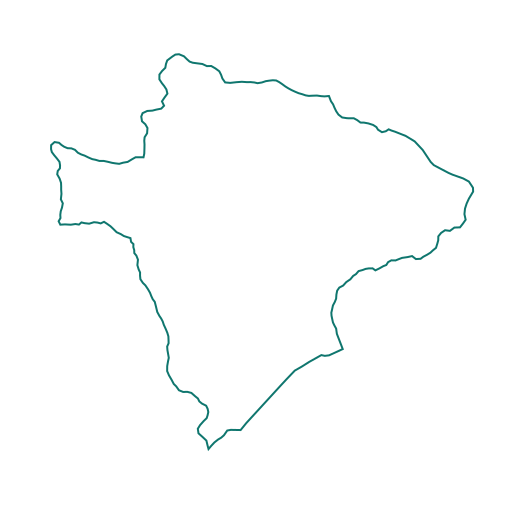 outline of Canápolis, Minas Gerais, Brazil, rotated 94°
{"feature_id": "56859067B42327776288261", "entity_name": "Canápolis", "entity_type": "district", "adm_level": 2, "iso_a3": "BRA", "parent_name": "Brazil", "parent_adm1": "Minas Gerais", "projection": "albers", "projection_center": [-49.278, -18.757], "detail": "fine", "context": "isolated", "style": "outline", "palette": "teal", "viewbox_px": 512, "rotation_deg": 94, "n_neighbors": 0, "source": "geoboundaries", "source_scale": "gbopen_adm2", "svg_char_len": 3787}
<svg xmlns="http://www.w3.org/2000/svg" viewBox="0 0 512 512"><g transform="rotate(94 256 256)"><path d="M91.3,194.4L92.0,198.8L92.0,202.1L91.7,206.4L92.1,210.4L92.6,214.5L92.3,217.7L91.4,221.1L90.6,224.9L89.4,228.4L88.0,232.1L86.4,235.6L84.8,238.6L82.7,241.9L80.9,245.0L79.5,248.1L79.5,251.5L80.2,255.2L80.9,258.4L82.5,262.3L83.5,266.5L83.0,269.7L82.9,273.6L83.2,277.5L83.2,282.3L84.0,287.8L85.1,293.8L85.0,298.9L81.3,301.9L77.6,303.5L74.3,305.5L71.7,309.6L69.6,313.9L70.0,318.2L68.2,322.9L67.9,328.1L67.6,332.7L66.7,335.8L64.7,338.4L61.8,341.8L60.1,346.9L60.7,350.5L62.9,353.4L64.9,355.7L67.1,358.2L70.7,359.2L74.6,359.6L78.0,362.6L81.7,365.0L86.5,364.7L90.2,361.9L92.8,359.5L96.1,357.0L100.2,355.7L104.3,358.3L108.3,360.6L112.5,358.2L115.6,360.8L116.9,365.6L118.2,369.5L118.9,374.6L121.4,379.1L124.9,380.2L129.6,379.1L132.3,375.6L135.9,373.2L141.2,373.2L145.3,375.4L148.8,375.5L152.5,375.0L156.4,374.8L161.7,374.6L165.4,375.1L165.6,379.1L165.9,383.0L168.0,386.2L171.1,390.6L172.2,395.1L173.6,398.9L173.4,402.8L173.1,406.1L172.4,410.1L171.8,414.4L172.1,418.8L171.2,422.9L170.8,426.1L169.4,430.1L167.8,434.0L166.9,437.4L165.4,440.9L162.7,444.0L161.5,447.7L161.6,451.5L160.4,455.0L158.8,457.8L156.8,460.4L156.4,464.9L159.7,468.1L163.7,467.9L166.6,466.9L169.5,464.4L172.5,461.5L175.8,458.6L179.2,457.8L182.2,457.7L185.0,459.7L188.4,460.0L192.5,457.3L196.6,455.6L200.3,455.2L203.3,455.0L207.6,454.4L213.1,454.6L216.9,452.4L221.2,452.9L225.0,453.9L228.6,454.1L231.8,453.7L235.1,455.3L238.4,453.4L237.8,448.8L237.7,442.9L236.7,438.4L237.0,434.8L234.7,432.5L235.2,429.2L235.4,424.7L233.6,420.0L233.7,416.5L234.3,413.2L232.5,410.0L234.3,406.8L236.5,403.2L238.8,400.4L242.0,396.7L243.6,392.4L245.3,389.2L246.1,386.0L246.9,382.5L250.6,381.6L252.7,379.1L255.7,379.0L258.6,377.9L261.6,377.6L263.9,375.4L267.9,373.5L273.4,373.7L277.6,372.1L280.5,370.5L283.7,370.3L287.2,369.7L290.7,367.0L293.0,364.3L296.6,361.5L300.0,359.2L303.4,357.6L306.3,356.0L308.8,353.8L313.3,352.3L318.7,350.6L322.5,348.2L324.9,346.3L327.8,344.5L331.0,343.2L335.0,341.0L338.8,339.1L342.3,337.8L345.9,337.4L349.1,337.1L352.5,338.3L356.0,337.8L359.6,336.9L363.7,335.9L367.1,336.4L372.0,336.9L377.0,336.6L381.1,334.5L385.5,331.5L389.4,329.1L391.6,326.5L395.3,323.5L396.7,319.2L396.3,315.0L397.1,310.9L400.1,307.0L402.2,304.0L405.0,302.4L407.0,299.6L408.8,295.3L411.8,293.6L415.0,292.7L418.4,293.2L421.2,293.9L424.2,296.6L428.6,300.0L432.4,302.0L436.9,301.0L440.4,296.5L443.6,292.6L448.4,291.1L451.9,289.9L448.6,287.5L444.9,284.5L441.7,281.0L439.7,278.1L437.1,275.5L432.1,272.5L431.2,269.0L430.7,259.2L423.3,254.0L383.2,222.1L377.0,217.1L367.6,209.3L363.2,202.7L357.9,195.5L350.3,183.9L350.8,180.4L350.0,176.2L342.8,163.0L339.1,164.7L328.0,169.9L322.8,171.0L319.9,172.9L316.9,174.6L313.5,175.6L310.3,176.5L307.3,176.9L304.2,176.4L300.0,175.8L296.4,174.2L293.0,173.1L288.8,173.1L284.9,172.6L281.7,170.7L279.4,167.0L275.7,164.1L272.6,160.2L269.1,157.7L267.1,155.0L263.9,152.6L262.6,148.8L261.2,145.7L260.5,142.6L260.2,138.8L262.0,135.9L259.8,132.1L257.2,128.2L255.9,125.4L252.9,123.8L250.9,120.7L250.7,116.5L249.2,113.4L247.7,110.2L246.5,104.7L245.2,100.3L247.9,96.3L247.3,91.6L245.1,89.1L242.8,85.4L240.5,82.2L238.1,80.0L235.3,77.0L231.1,76.0L227.6,75.3L223.7,75.5L220.1,73.0L217.1,69.2L217.4,64.3L213.8,60.1L213.2,54.5L209.2,51.8L205.2,49.4L199.7,51.0L194.1,50.8L188.9,49.5L183.9,47.6L176.6,43.9L172.8,44.3L166.9,48.8L164.2,54.7L161.2,65.5L159.7,69.7L153.0,84.9L150.0,88.3L138.6,97.1L130.6,105.7L125.8,115.0L122.3,126.0L121.4,129.6L120.4,132.5L122.5,135.2L123.7,139.0L121.5,143.1L119.0,144.9L117.1,148.3L115.9,153.2L115.4,157.7L115.6,161.1L113.4,164.5L111.8,168.0L112.0,171.4L112.2,174.6L111.8,179.7L109.2,183.6L106.0,186.1L102.5,188.1L99.3,189.7L96.4,192.0L91.3,194.4Z" fill="none" stroke="#0f766e" stroke-width="2"/></g></svg>